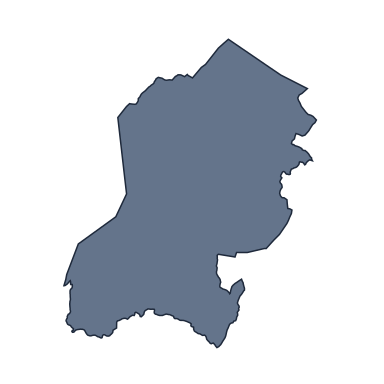 Santa María Quiegolani, Oaxaca, Mexico (orthographic projection), rotated 7°
{"feature_id": "50627088B40011540335784", "entity_name": "Santa María Quiegolani", "entity_type": "district", "adm_level": 2, "iso_a3": "MEX", "parent_name": "Mexico", "parent_adm1": "Oaxaca", "projection": "orthographic", "projection_center": [-96.048, 16.307], "detail": "fine", "context": "isolated", "style": "filled", "palette": "slate", "viewbox_px": 384, "rotation_deg": 7, "n_neighbors": 0, "source": "geoboundaries", "source_scale": "gbopen_adm2", "svg_char_len": 6031}
<svg xmlns="http://www.w3.org/2000/svg" viewBox="0 0 384 384"><g transform="rotate(7 192 192)"><path d="M251.8,272.5L250.7,273.4L249.4,274.5L248.3,275.5L247.4,276.3L245.9,277.5L245.1,278.4L244.6,279.0L244.1,279.5L243.7,280.2L243.2,280.9L243.0,281.8L242.9,282.5L242.7,283.4L242.5,284.6L242.3,286.4L242.3,287.8L241.8,288.4L241.5,287.8L240.6,287.1L239.9,286.4L238.5,285.4L237.2,285.0L235.8,284.7L234.4,284.5L233.3,283.9L232.2,283.5L231.4,283.0L231.1,282.4L231.0,281.3L231.1,280.1L231.2,279.1L231.5,278.2L231.2,277.2L230.9,276.5L230.6,275.5L229.9,274.5L229.4,273.9L228.8,273.5L228.3,272.8L227.8,272.1L226.8,270.8L226.4,270.1L226.2,269.4L226.0,268.1L226.2,266.8L226.2,265.6L226.2,264.7L226.1,263.9L225.4,262.9L225.2,262.3L225.3,261.6L225.4,261.0L225.5,260.0L225.6,259.4L225.5,258.7L225.6,257.6L225.6,256.1L225.1,254.9L225.1,254.0L224.7,251.8L225.7,250.6L240.9,251.2L242.6,251.3L243.6,246.6L254.3,245.3L270.6,239.3L272.5,239.1L278.9,230.0L284.0,223.4L290.0,211.8L291.2,208.3L292.0,205.2L293.3,201.2L293.4,197.7L291.2,196.8L289.1,196.7L287.9,191.7L287.2,188.1L284.1,186.5L282.2,186.7L281.6,186.2L280.9,185.7L280.5,185.2L280.1,184.7L279.9,184.3L279.7,183.7L279.2,182.9L279.2,181.0L279.4,179.8L279.9,178.3L280.6,177.1L280.9,176.4L280.7,175.5L280.4,174.5L280.0,173.5L278.6,172.3L277.9,171.0L278.5,169.0L279.5,167.0L278.1,165.8L278.1,164.6L278.7,163.1L279.3,161.3L280.0,160.7L280.6,160.5L281.9,161.1L282.7,162.1L283.3,162.6L284.0,162.8L284.4,162.7L284.8,162.7L285.6,162.9L286.6,162.8L287.3,162.4L287.4,161.6L287.0,160.3L287.4,158.7L287.8,157.2L289.2,156.6L290.1,155.8L291.1,155.4L292.3,154.8L293.3,153.9L294.7,151.7L294.9,150.4L294.9,149.3L295.5,148.8L296.6,149.1L298.0,149.0L299.3,149.8L300.5,151.3L301.3,150.8L301.7,149.4L302.8,147.7L304.2,146.3L304.9,145.8L306.1,146.0L307.0,146.2L307.7,146.3L306.6,144.7L306.6,143.7L305.0,142.4L303.1,140.0L301.4,138.5L299.1,137.0L298.1,137.2L296.2,136.6L295.7,135.5L293.1,134.4L291.2,133.9L288.6,133.5L287.1,132.5L286.4,132.8L284.8,131.8L285.1,129.2L287.2,126.8L287.5,123.9L288.1,121.3L291.3,121.9L294.5,123.0L297.2,121.8L299.4,118.6L300.5,116.9L301.8,114.0L303.5,110.4L305.6,108.2L306.7,105.4L303.0,102.3L300.6,101.3L297.8,100.9L295.5,99.1L292.8,96.4L290.1,93.7L288.3,90.5L286.6,88.2L285.5,85.8L286.6,82.6L289.2,80.7L293.9,75.3L265.6,65.0L265.5,64.9L263.7,64.0L253.0,58.5L209.5,36.0L205.6,40.3L200.7,45.9L189.9,63.7L186.1,67.2L178.6,78.7L173.9,76.8L173.0,75.9L170.6,78.4L166.6,77.1L163.8,77.4L162.4,78.8L161.5,79.2L158.7,83.3L155.8,83.4L153.4,84.1L152.8,84.2L151.5,84.1L150.4,83.7L148.4,82.7L145.9,82.5L144.7,82.3L144.3,82.5L142.6,84.0L142.1,85.5L141.2,87.1L140.9,88.6L139.9,89.8L138.5,90.9L137.6,92.1L136.2,93.2L135.9,93.7L134.1,96.1L133.6,96.9L131.3,99.2L130.7,99.8L129.8,101.0L129.0,102.8L128.9,103.6L127.3,105.8L127.5,107.8L127.3,108.7L126.0,111.3L124.8,111.9L122.4,112.0L119.8,112.0L119.3,111.9L116.6,115.1L109.3,127.1L123.5,186.2L127.3,201.9L119.4,225.9L85.5,257.4L77.7,289.2L77.4,294.1L76.3,300.6L76.9,300.5L77.7,300.1L78.1,299.7L78.7,299.1L79.2,298.7L79.8,297.9L80.4,297.0L80.8,296.5L81.2,295.7L81.5,295.3L82.0,294.8L82.5,296.1L82.6,296.8L82.6,297.5L82.8,298.4L83.2,298.7L83.7,298.4L84.4,298.4L84.7,299.8L84.7,301.6L84.4,302.1L83.7,303.0L83.2,303.9L83.0,305.0L83.2,306.5L83.3,307.5L83.6,308.6L83.8,310.2L84.1,311.8L84.4,313.1L84.4,314.1L84.2,315.7L84.3,316.7L84.3,317.9L84.5,319.0L84.9,321.1L85.2,322.2L85.4,323.8L85.7,324.4L86.0,325.7L85.7,326.7L84.9,328.0L84.1,328.4L83.7,329.5L83.3,330.8L83.5,331.5L83.6,332.2L83.1,333.2L82.7,334.5L82.7,335.1L83.0,335.8L83.6,336.5L84.0,337.4L84.4,338.0L84.7,338.4L85.7,338.9L86.8,339.1L87.8,339.5L88.7,340.6L89.5,341.2L90.4,341.8L91.0,342.2L91.0,343.6L90.0,344.1L89.8,345.2L90.5,345.8L91.8,345.5L92.4,344.6L93.5,343.2L95.1,342.5L96.7,342.1L98.1,341.7L99.3,341.7L100.3,341.6L100.9,341.8L101.3,341.9L101.7,342.0L102.1,342.2L104.1,345.0L105.1,346.1L106.0,346.8L107.6,347.1L108.3,347.2L109.5,347.0L110.5,346.5L112.2,346.0L113.7,346.0L114.8,346.5L116.0,347.1L117.3,347.2L118.6,347.7L119.6,348.0L120.5,347.5L120.8,345.2L121.7,344.4L122.8,344.4L123.8,344.9L124.9,345.3L125.6,345.3L126.6,345.2L127.8,344.7L128.3,343.9L129.4,342.7L130.4,341.2L130.5,338.8L133.7,336.2L133.1,330.4L133.7,329.0L135.2,328.5L136.2,327.8L136.8,327.5L137.2,327.1L138.0,326.4L139.5,325.8L140.8,325.5L142.1,325.6L143.4,326.1L144.3,325.3L144.9,324.3L145.7,323.3L146.6,322.6L147.9,321.6L149.7,321.6L150.1,320.2L150.0,319.0L150.9,318.2L152.2,318.6L154.7,319.8L155.4,320.9L155.8,321.9L156.9,322.0L159.0,319.4L159.3,316.7L159.9,315.5L162.6,313.4L165.5,313.4L167.0,313.1L168.8,313.0L169.2,313.6L169.2,314.7L169.1,315.7L169.3,316.7L169.8,317.2L170.6,317.7L171.8,317.8L173.0,318.2L174.9,318.5L176.6,318.3L177.8,318.1L179.4,317.2L181.2,316.3L182.9,316.4L184.0,316.5L184.8,316.4L186.1,316.8L187.2,317.2L188.1,317.3L189.0,317.9L189.3,318.8L189.7,319.3L190.6,319.8L191.4,319.6L192.5,319.5L193.4,319.7L194.2,320.1L194.9,320.4L195.5,320.7L196.4,320.8L197.1,320.7L198.1,320.6L198.9,320.5L199.6,320.6L200.0,320.6L200.5,320.7L203.2,321.3L204.6,321.8L205.1,321.8L206.1,322.3L207.1,322.8L207.3,323.1L207.1,324.3L207.6,325.4L208.8,325.8L210.0,325.9L210.2,326.6L210.3,327.9L210.6,328.4L211.1,329.5L211.9,330.1L213.3,330.7L214.7,331.4L215.4,331.8L217.0,331.8L218.5,332.4L219.7,333.0L220.3,333.0L221.3,332.7L222.0,332.5L223.2,333.4L223.9,334.6L224.5,336.3L225.8,337.6L227.1,338.5L228.3,339.8L229.5,340.3L230.8,339.6L231.7,339.4L233.1,340.7L233.6,341.1L234.0,341.8L235.7,343.4L237.4,342.2L238.2,341.1L239.1,340.0L239.9,338.3L240.6,336.6L241.6,334.6L242.5,332.7L243.0,330.8L243.2,328.9L243.4,326.6L243.7,324.6L244.4,322.6L245.4,318.8L246.9,317.3L248.5,316.8L249.2,315.1L251.0,314.4L251.5,312.8L251.6,310.7L252.4,308.7L252.1,307.3L251.6,305.9L253.0,303.4L252.5,302.3L252.6,301.2L252.9,300.5L252.5,299.3L251.4,298.1L250.8,297.1L250.6,296.6L251.0,294.1L251.9,290.8L252.2,289.8L252.6,288.9L253.2,288.2L253.9,287.0L254.9,284.9L255.4,283.7L256.0,283.1L255.9,281.6L255.6,280.6L255.0,279.4L254.5,278.0L254.1,277.1L253.9,276.1L253.5,275.4L252.8,274.5L251.8,272.5Z" fill="#64748b" stroke="#1e293b" stroke-width="1.5"/></g></svg>